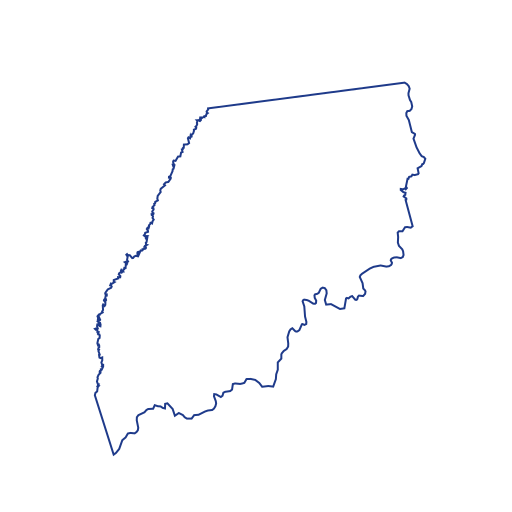 Ipixuna, Amazonas, Brazil, rotated 165°
{"feature_id": "56859067B61069668278252", "entity_name": "Ipixuna", "entity_type": "district", "adm_level": 2, "iso_a3": "BRA", "parent_name": "Brazil", "parent_adm1": "Amazonas", "projection": "robinson", "projection_center": [-71.319, -7.144], "detail": "fine", "context": "isolated", "style": "outline", "palette": "blue", "viewbox_px": 512, "rotation_deg": 165, "n_neighbors": 0, "source": "geoboundaries", "source_scale": "gbopen_adm2", "svg_char_len": 6114}
<svg xmlns="http://www.w3.org/2000/svg" viewBox="0 0 512 512"><g transform="rotate(165 256 256)"><path d="M67.6,385.0L264.1,411.0L264.3,409.9L266.3,408.4L266.3,407.1L265.7,406.5L267.3,405.8L268.1,404.2L269.7,404.4L269.9,403.5L270.6,403.9L272.7,403.2L273.1,404.1L274.0,404.2L274.0,401.6L274.8,401.1L275.2,402.2L275.8,401.4L276.4,402.1L278.0,402.4L277.6,401.7L278.7,399.8L278.6,398.7L279.7,397.2L281.0,396.5L280.5,395.3L281.1,394.4L283.3,394.1L283.6,392.8L285.0,390.6L286.8,389.9L287.3,388.0L288.1,387.9L288.2,388.9L289.2,386.8L290.5,388.1L291.3,387.4L291.4,382.4L293.3,381.6L296.8,382.3L297.8,379.2L298.7,379.2L299.1,378.1L300.0,378.1L300.0,375.5L301.6,375.3L303.3,371.8L305.6,372.2L309.1,368.7L310.8,369.5L311.5,368.9L311.8,367.8L311.6,365.9L312.8,365.9L312.7,364.2L311.6,364.3L313.1,361.6L314.0,361.3L314.7,359.5L318.1,355.3L319.5,355.1L319.8,354.2L318.1,353.6L318.4,352.8L321.5,350.2L324.2,350.4L326.3,349.1L325.6,347.8L330.6,345.6L331.5,344.1L331.5,342.5L335.4,339.5L336.5,336.9L336.4,335.1L339.3,334.4L339.7,333.2L340.9,332.7L340.8,331.5L343.4,330.0L343.8,329.1L342.7,328.6L342.9,327.4L344.7,325.9L344.7,324.6L343.9,323.8L344.3,323.1L346.0,323.4L346.1,322.5L345.3,321.9L345.3,320.7L346.1,319.6L345.4,317.6L346.7,316.6L347.9,314.5L348.5,315.4L349.3,315.4L349.7,314.4L351.5,313.3L351.6,312.2L352.8,311.6L352.2,311.2L352.7,310.4L353.8,310.9L354.5,310.3L353.8,308.2L354.0,307.3L357.0,307.1L357.6,305.9L359.0,304.9L358.4,304.1L356.3,303.5L357.6,302.9L357.9,301.9L357.5,300.6L356.6,301.1L358.1,297.8L359.0,297.3L359.2,295.5L358.5,295.0L360.7,294.5L361.4,293.8L360.2,293.3L360.2,292.3L360.9,291.7L363.9,291.9L364.1,290.9L364.9,290.7L366.0,291.2L367.7,289.4L368.2,290.4L369.3,290.4L369.9,289.5L369.5,288.5L370.2,287.8L369.6,287.4L368.8,287.7L370.0,286.2L372.1,287.3L373.8,287.0L375.2,285.9L376.1,286.0L377.7,289.4L378.6,289.8L379.5,289.4L380.1,291.2L380.9,290.8L380.2,288.5L381.6,285.5L381.0,283.8L382.5,283.0L383.3,284.1L384.3,284.0L382.6,281.8L383.2,281.2L384.0,281.4L385.1,278.2L386.2,278.6L386.6,277.4L387.4,277.4L388.0,276.6L388.1,275.3L388.8,275.6L389.8,274.9L390.2,275.7L392.7,274.7L393.3,273.8L392.2,271.7L392.7,270.6L394.7,271.3L394.9,270.0L399.6,269.6L400.1,268.0L399.4,267.4L402.7,266.4L403.3,266.9L404.4,265.4L403.6,265.0L403.3,263.8L404.2,262.8L407.8,262.1L410.5,259.9L411.3,259.1L411.3,258.0L410.1,257.6L410.4,256.4L411.4,256.6L413.0,253.4L413.9,253.2L414.4,252.4L413.5,250.2L414.2,247.8L415.2,246.9L416.2,248.7L416.8,248.0L417.7,243.5L419.0,242.2L418.7,241.2L421.6,240.4L422.2,239.7L422.9,240.1L424.7,238.8L424.6,237.7L423.5,237.7L423.2,235.6L424.9,236.2L425.2,235.5L424.2,235.0L423.8,234.2L425.8,233.8L424.9,232.1L423.9,231.7L423.9,230.3L424.7,230.0L424.1,229.4L424.5,228.4L425.2,228.9L425.4,229.8L426.4,230.1L425.8,230.9L426.9,231.1L427.4,230.1L427.8,228.9L427.6,226.8L428.9,226.6L428.5,224.6L428.9,223.8L427.7,223.2L428.9,221.7L428.6,221.0L427.6,220.7L427.5,219.6L428.3,217.3L429.8,216.7L431.8,212.8L431.7,210.7L430.8,211.1L430.6,210.3L431.0,208.5L432.1,207.8L432.6,206.7L431.9,206.1L432.8,205.1L432.5,201.2L433.2,201.1L433.5,198.4L432.6,197.6L430.8,197.8L431.5,195.0L432.9,193.2L432.8,190.9L431.8,190.5L432.1,189.4L433.0,189.8L433.6,189.2L432.8,188.1L434.4,186.2L435.2,186.6L435.6,185.3L436.6,185.3L437.1,184.4L436.5,183.4L438.8,182.0L440.5,179.9L440.5,178.6L442.1,176.0L441.9,173.2L441.2,172.8L442.6,171.4L441.7,171.1L442.9,170.2L444.5,166.3L446.5,165.4L447.7,163.2L444.9,101.0L442.3,102.0L438.1,105.0L432.8,112.7L428.9,114.5L425.7,117.7L423.1,117.6L419.1,116.1L417.0,116.9L415.3,118.2L414.2,120.5L413.7,128.2L412.8,131.1L410.8,132.7L404.2,133.9L401.7,135.6L399.8,136.1L394.9,135.1L392.4,138.1L389.7,136.3L387.1,135.4L385.4,133.4L383.4,132.3L382.0,136.7L379.7,136.6L376.1,129.8L375.7,122.7L371.2,124.3L367.8,121.3L366.6,118.7L364.8,116.8L360.3,115.6L356.9,118.3L352.6,117.5L345.4,119.0L342.5,119.2L338.1,118.6L336.1,119.5L334.1,121.4L332.7,123.8L332.4,126.2L332.9,131.4L332.1,133.4L330.1,132.5L326.5,128.9L324.5,129.7L322.9,132.4L321.0,132.8L315.9,132.2L313.7,133.2L311.5,138.3L309.2,138.3L304.4,136.5L302.0,136.4L300.1,136.5L297.0,139.6L292.9,138.6L288.8,136.5L285.7,132.5L283.9,128.1L277.7,127.2L273.2,125.4L268.7,131.9L267.1,136.5L264.4,140.5L262.5,147.6L258.1,150.3L257.0,154.4L256.3,155.3L253.8,157.1L250.5,158.2L248.4,160.2L247.5,163.1L246.6,169.4L243.4,174.6L241.6,176.2L239.6,176.8L237.6,173.3L236.8,172.6L235.5,172.4L233.3,173.2L229.3,178.2L228.6,178.2L227.1,176.9L225.1,177.3L224.4,179.2L224.3,184.8L222.4,194.8L222.7,200.2L221.9,201.1L220.8,201.4L218.3,200.3L216.6,199.1L213.0,195.1L211.2,194.6L210.2,195.1L209.4,197.3L210.1,200.4L209.7,202.9L208.8,203.7L206.6,203.6L204.9,204.2L202.0,207.6L199.8,208.2L197.9,207.2L196.9,204.7L197.4,201.6L200.9,195.7L200.8,190.9L196.0,190.1L188.6,183.1L184.2,182.6L180.0,191.7L179.1,192.0L177.6,191.1L175.4,192.2L173.5,192.4L171.4,188.0L170.2,187.6L169.2,188.3L168.1,190.3L166.8,191.1L162.9,189.6L160.4,191.2L159.4,193.4L159.6,194.6L160.8,196.8L160.1,202.2L161.2,208.9L160.2,210.3L158.2,211.4L149.3,214.4L145.2,215.1L138.1,214.6L132.8,212.0L130.1,211.7L127.8,212.4L126.9,213.3L126.4,214.3L127.0,216.9L126.4,217.9L125.1,218.5L123.0,218.8L120.3,218.3L116.7,216.5L114.5,217.0L113.2,218.8L112.7,222.5L113.0,224.6L115.3,228.8L115.5,232.2L113.8,237.5L113.1,241.9L111.5,242.9L108.1,242.0L104.6,245.2L102.5,244.9L99.2,243.3L97.0,244.2L97.0,271.4L96.2,271.6L95.9,272.7L98.0,275.3L97.3,276.1L96.0,276.4L95.2,278.4L97.2,279.6L99.1,282.3L98.8,283.3L96.6,282.3L94.6,282.8L94.1,281.7L92.7,282.6L93.2,284.3L89.6,291.4L88.8,291.1L87.6,292.8L85.3,292.7L83.9,294.1L81.8,293.1L78.3,293.1L77.5,293.8L77.2,298.9L72.9,300.0L71.6,301.7L70.8,301.6L69.8,302.3L67.3,306.1L68.3,308.2L70.1,309.5L71.4,312.9L72.8,319.4L73.5,328.6L71.0,331.9L70.9,332.8L73.4,335.3L73.2,347.8L74.4,352.5L73.8,355.2L72.3,356.8L70.0,356.4L67.8,357.7L66.4,360.1L66.2,364.5L66.9,366.8L67.1,371.7L66.6,373.8L64.3,377.8L64.5,380.5L65.7,383.0L67.6,385.0ZM413.0,253.4L412.2,253.2L412.2,252.2L413.1,251.4L413.4,252.3L413.0,253.4ZM428.9,226.6L429.6,227.4L430.4,227.3L429.8,226.3L428.9,226.6ZM390.2,275.7L389.5,276.4L389.8,277.3L390.3,276.7L390.2,275.7Z" fill="none" stroke="#1e3a8a" stroke-width="2"/></g></svg>